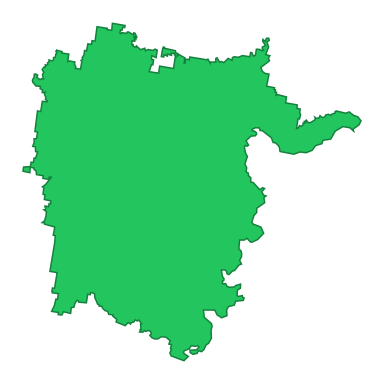 Goulburn Mulwaree, New South Wales, Australia (Albers equal-area conic projection)
{"feature_id": "25037944B47240806764449", "entity_name": "Goulburn Mulwaree", "entity_type": "district", "adm_level": 2, "iso_a3": "AUS", "parent_name": "Australia", "parent_adm1": "New South Wales", "projection": "albers", "projection_center": [149.879, -34.902], "detail": "fine", "context": "isolated", "style": "filled", "palette": "green", "viewbox_px": 384, "rotation_deg": 0, "n_neighbors": 0, "source": "geoboundaries", "source_scale": "gbopen_adm2", "svg_char_len": 5778}
<svg xmlns="http://www.w3.org/2000/svg" viewBox="0 0 384 384"><path d="M263.0,39.4L262.7,41.2L265.5,45.6L262.3,47.0L262.3,48.8L263.6,50.2L262.1,50.9L259.7,49.4L256.4,49.2L255.3,55.5L253.2,56.0L251.9,52.7L250.6,52.5L249.8,56.7L242.4,55.6L238.3,57.3L234.0,56.7L232.4,57.7L232.0,60.3L228.1,58.4L223.8,62.7L221.7,61.5L219.6,62.2L217.1,57.8L215.8,58.5L215.8,62.0L210.5,62.1L210.3,63.3L207.9,59.1L206.9,59.8L189.8,57.0L189.3,59.7L185.6,59.1L185.0,63.2L184.1,63.1L184.9,57.9L178.9,54.5L177.3,56.2L177.8,53.5L176.1,53.2L175.4,50.7L164.8,48.3L164.6,47.5L163.9,47.0L163.6,47.0L164.3,48.4L162.7,48.2L161.3,56.6L163.7,57.0L164.3,54.7L167.4,56.1L167.4,54.2L171.5,55.3L171.0,53.3L174.3,53.4L174.4,54.9L175.5,55.2L173.5,68.5L159.7,66.1L158.6,73.1L149.2,71.7L151.5,64.6L152.9,64.8L153.6,59.8L151.6,59.6L151.8,55.6L156.1,57.7L157.3,50.2L155.1,49.1L152.9,50.4L148.1,49.5L145.4,50.7L144.8,48.2L140.5,49.7L136.4,45.9L135.9,47.2L132.9,46.2L133.2,44.7L131.8,44.5L132.0,40.8L134.6,41.2L134.2,40.0L135.8,39.8L136.1,38.2L133.8,37.8L134.1,36.5L136.7,36.9L134.9,33.1L133.7,32.9L133.4,34.8L128.4,31.9L127.1,32.1L126.6,33.4L121.8,32.6L121.6,33.6L119.9,33.3L120.5,29.9L122.1,30.2L122.8,27.2L124.7,27.6L125.1,25.5L112.4,23.3L111.7,30.3L107.1,29.6L107.3,28.3L97.0,26.7L95.1,41.1L92.0,40.7L91.4,44.4L87.9,43.8L86.5,50.8L84.5,50.5L84.0,54.9L82.2,57.6L82.6,59.3L81.0,60.5L81.8,61.4L80.5,69.2L75.5,68.4L75.8,66.7L74.4,64.0L74.9,62.0L69.5,60.9L67.7,61.6L68.8,54.1L61.7,53.0L62.0,51.6L56.6,50.1L55.9,51.4L57.0,52.7L55.9,53.8L55.3,57.2L53.6,57.6L53.4,60.1L51.6,60.9L49.0,59.9L48.9,62.1L47.5,62.8L47.8,64.3L46.5,65.3L44.8,64.4L45.6,65.3L45.2,67.1L44.1,66.9L42.1,69.6L43.8,72.3L42.4,74.7L43.5,79.0L41.7,78.6L40.2,79.7L36.9,77.4L37.7,75.2L35.8,73.9L34.2,74.3L34.2,76.8L32.4,80.2L32.8,82.2L35.9,86.0L40.4,86.4L40.1,88.6L42.6,90.1L42.2,92.5L45.2,92.3L44.3,93.6L46.0,98.1L45.3,99.4L47.5,101.0L47.0,101.9L42.3,101.3L40.7,111.5L37.5,110.9L34.9,131.5L37.5,132.1L36.5,138.6L34.0,138.8L34.2,142.1L32.7,146.4L35.4,146.8L35.6,151.6L37.6,151.9L35.6,158.2L34.1,158.0L33.3,162.6L31.1,162.2L30.4,166.6L23.6,167.0L23.0,171.2L29.9,172.7L30.2,167.3L33.8,167.9L33.9,169.2L36.1,171.0L36.5,174.6L43.3,175.8L42.9,178.4L48.8,179.4L49.3,177.0L51.3,177.3L45.7,184.4L42.4,186.9L43.8,187.6L43.0,194.4L45.0,194.8L44.3,199.5L50.8,200.9L50.7,202.9L50.6,203.8L49.1,203.5L48.6,206.6L45.0,206.0L44.9,206.8L45.8,207.0L45.3,209.7L44.0,209.8L46.4,211.6L46.0,215.9L44.6,220.7L42.2,222.6L44.5,222.9L44.5,224.2L54.8,227.0L53.2,235.2L55.3,235.7L54.6,243.2L49.9,271.4L57.1,272.6L54.5,288.4L52.4,288.0L51.9,291.5L52.6,291.6L52.3,292.8L58.4,293.7L57.5,299.3L55.9,299.1L54.3,305.7L51.6,311.4L58.5,312.5L58.2,314.6L59.9,314.9L62.0,314.9L63.4,311.8L70.6,313.4L71.3,307.7L74.0,307.1L74.8,303.6L76.9,300.4L78.3,300.7L78.7,302.2L86.4,302.8L87.7,294.3L90.2,294.7L90.7,292.4L94.6,293.7L94.8,297.5L97.7,304.3L98.9,304.5L99.2,306.2L102.1,306.3L102.2,307.8L105.0,310.6L107.7,311.3L108.7,314.3L113.0,314.9L112.9,316.3L116.8,319.4L116.1,322.0L125.2,325.7L128.2,322.5L130.5,324.1L131.0,322.9L133.9,321.9L135.0,319.9L137.5,321.0L138.8,320.0L141.6,323.7L140.5,324.1L141.0,328.8L140.1,329.7L140.9,330.0L139.6,332.0L142.7,332.2L144.5,330.6L146.0,331.5L148.2,330.4L150.5,331.4L151.5,334.1L149.8,335.3L151.7,337.6L154.9,339.0L157.9,338.9L161.1,336.8L166.0,337.2L170.1,340.7L168.9,344.1L171.5,344.6L170.5,348.6L171.5,349.1L169.9,353.0L171.2,356.0L184.0,360.7L188.3,356.4L184.2,353.7L183.5,352.3L184.3,350.7L189.2,348.9L191.3,345.6L195.3,346.4L197.9,345.7L199.0,347.0L196.5,349.8L190.0,350.2L190.1,352.5L193.0,354.3L197.1,353.4L198.5,350.7L201.5,351.7L204.0,349.5L206.0,345.0L208.5,343.4L211.4,338.4L211.1,330.2L212.1,326.3L211.5,323.6L204.3,317.4L203.4,310.0L214.8,310.1L217.1,314.9L221.6,317.8L227.0,315.7L226.6,309.9L228.5,306.6L234.3,305.1L235.6,301.2L243.3,300.4L244.1,297.9L242.4,297.1L242.3,295.6L238.0,296.5L237.1,295.3L237.4,290.0L240.4,288.3L240.6,284.1L235.7,285.5L234.4,286.9L229.0,287.3L226.7,286.0L225.7,283.6L222.5,283.8L222.5,280.9L223.7,280.7L224.0,278.7L222.4,276.3L221.3,270.0L224.8,269.9L226.4,271.1L227.0,273.7L228.9,274.6L232.5,271.0L234.5,270.6L239.0,265.0L241.5,264.1L239.6,260.3L241.5,256.8L241.7,253.7L241.1,251.2L238.9,248.7L239.6,240.0L244.2,240.1L247.0,238.3L250.4,242.0L252.0,242.2L257.7,239.5L263.7,233.3L260.9,227.1L253.2,224.1L251.8,222.5L253.9,215.5L256.7,212.5L256.7,208.3L264.7,202.7L263.9,197.5L266.0,196.0L263.5,195.1L261.8,191.7L264.6,188.5L262.6,187.7L259.8,189.7L253.1,182.4L250.7,182.1L250.8,177.8L248.5,175.6L248.3,173.1L246.1,171.9L246.7,167.7L244.9,164.1L247.4,156.4L245.7,153.5L244.4,147.3L245.3,145.5L247.1,146.2L248.6,145.2L246.0,140.8L251.0,136.1L255.3,135.8L256.6,134.2L256.5,132.8L254.7,131.2L251.9,130.6L252.1,129.3L255.6,127.7L259.4,128.0L260.0,130.5L262.3,130.7L271.4,137.8L273.1,142.5L275.5,142.9L277.8,145.0L279.3,147.0L280.0,151.5L293.9,154.2L299.8,152.0L306.1,152.7L312.2,150.3L315.6,145.6L321.9,143.7L323.0,140.3L330.7,139.1L335.2,131.2L343.0,126.6L350.0,127.8L353.6,131.1L353.1,129.1L359.1,124.8L361.0,120.8L357.9,116.9L353.5,115.3L349.2,111.9L345.7,113.2L335.5,110.8L336.3,111.4L335.1,111.7L335.1,113.1L331.4,114.3L330.9,115.4L328.4,114.3L325.6,115.0L324.8,117.1L322.1,117.4L320.0,115.7L319.1,117.9L316.2,118.3L314.9,117.3L315.4,118.8L314.5,120.2L309.9,122.9L307.8,122.1L306.3,120.1L305.4,120.8L305.7,121.7L304.4,121.6L305.1,122.9L303.1,123.0L303.1,124.8L301.0,126.4L299.6,125.6L298.1,128.1L296.5,128.6L298.0,118.8L299.4,119.0L300.6,114.8L299.7,112.4L300.2,109.0L297.0,108.4L297.2,104.9L285.6,102.8L286.5,96.9L277.5,94.6L276.1,95.3L276.6,92.3L275.1,92.1L275.5,89.8L274.1,89.5L274.5,87.7L266.6,86.2L269.0,74.1L265.0,73.4L262.3,71.3L260.9,67.4L269.5,60.8L268.4,58.0L269.9,55.7L265.7,54.6L268.6,47.0L267.0,42.0L269.3,40.4L268.7,38.2L266.5,38.3L265.1,41.4L263.0,39.4Z" fill="#22c55e" stroke="#15803d" stroke-width="1.5"/></svg>